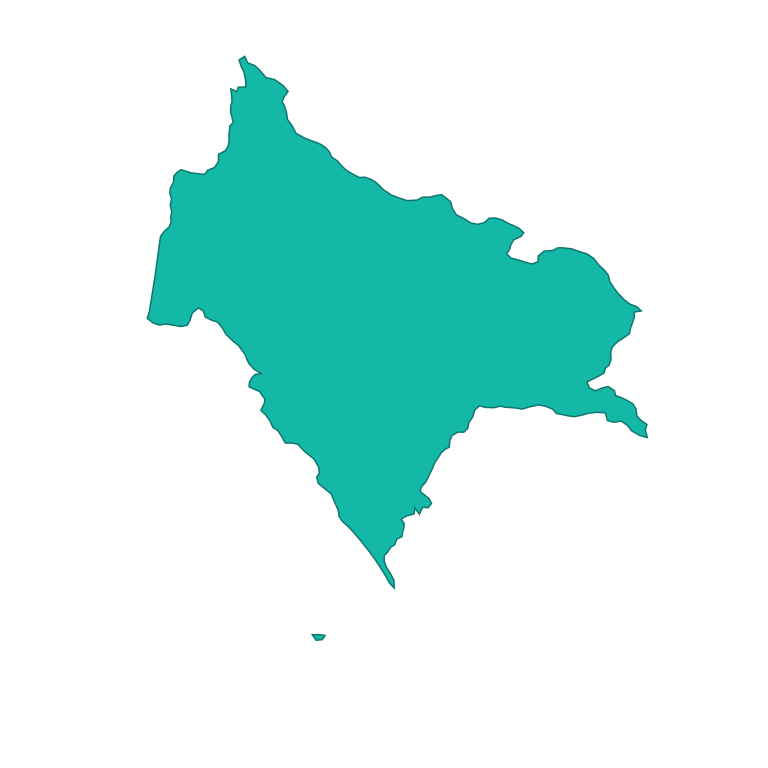 outline of Paulo Lopes, Santa Catarina, Brazil, rotated 109°
{"feature_id": "56859067B3611473740931", "entity_name": "Paulo Lopes", "entity_type": "district", "adm_level": 2, "iso_a3": "BRA", "parent_name": "Brazil", "parent_adm1": "Santa Catarina", "projection": "natural_earth1", "projection_center": [-48.752, -27.948], "detail": "fine", "context": "isolated", "style": "filled", "palette": "teal", "viewbox_px": 768, "rotation_deg": 109, "n_neighbors": 0, "source": "geoboundaries", "source_scale": "gbopen_adm2", "svg_char_len": 3784}
<svg xmlns="http://www.w3.org/2000/svg" viewBox="0 0 768 768"><g transform="rotate(109 384 384)"><path d="M524.0,383.2L527.3,378.9L529.8,372.9L532.4,367.6L535.7,361.9L538.5,357.0L542.6,350.6L546.8,344.0L550.1,339.2L553.1,335.0L556.2,330.9L559.5,326.7L564.6,320.4L570.6,313.8L573.6,307.9L566.3,310.7L561.0,316.4L556.4,322.1L551.6,326.1L545.9,327.8L541.1,325.6L536.3,324.7L532.4,321.6L526.3,321.3L522.5,317.3L518.1,318.2L513.4,318.4L509.2,319.6L506.4,323.8L501.5,319.8L497.0,313.3L491.1,314.5L495.6,308.2L487.9,307.3L486.7,302.0L481.3,300.2L477.7,304.2L475.6,309.9L474.0,314.7L469.6,315.3L463.4,312.7L457.5,311.8L452.8,311.3L448.4,310.7L442.3,310.4L435.5,308.7L430.2,307.4L425.9,305.1L422.6,301.7L415.8,303.4L410.4,302.9L405.6,298.6L403.5,292.8L398.7,290.4L392.7,291.2L386.9,289.5L379.1,289.7L373.5,286.6L373.1,280.4L370.7,272.5L367.2,267.0L366.5,261.9L365.0,256.3L363.7,251.1L362.7,245.2L358.0,238.6L353.5,231.0L352.4,223.7L352.9,216.2L355.7,211.4L354.8,205.1L354.2,199.7L353.0,193.4L348.9,186.6L344.5,180.2L341.3,173.0L339.2,165.3L345.8,160.8L345.4,154.5L341.9,147.7L343.7,140.7L347.7,134.5L349.4,125.6L348.9,117.6L342.3,122.0L336.7,122.2L334.8,129.0L331.9,134.5L325.3,137.8L321.6,142.6L320.2,149.7L319.6,155.9L319.6,161.3L315.3,163.9L313.4,171.3L316.6,176.2L321.7,182.0L320.8,188.4L316.0,192.9L311.2,188.1L306.4,183.3L301.9,179.5L296.8,179.8L293.0,177.3L287.1,177.3L279.9,180.1L274.5,180.1L268.6,177.3L263.1,173.0L256.6,168.4L250.9,169.1L245.3,169.0L239.2,169.0L234.6,171.0L231.2,164.6L228.7,169.9L228.4,177.6L225.8,185.3L222.0,192.3L218.6,197.4L213.9,203.7L208.2,207.2L204.7,212.5L201.9,219.0L197.0,226.6L194.9,234.6L195.2,241.5L195.1,250.8L197.0,259.1L198.6,263.9L202.7,267.8L206.4,276.1L212.9,279.8L218.3,278.1L222.5,283.5L222.8,291.7L223.1,298.8L223.7,304.9L221.0,310.5L216.2,309.1L211.3,309.4L205.2,308.2L200.3,302.8L195.5,301.1L192.8,307.1L192.1,313.1L191.6,319.6L190.4,325.8L190.7,332.3L193.0,338.5L198.7,341.7L202.4,347.1L203.5,354.2L201.7,361.6L200.5,370.7L195.8,376.4L190.0,380.3L187.9,386.1L186.2,391.1L189.4,397.1L192.5,401.7L194.6,408.1L199.4,412.7L203.1,421.8L203.2,429.3L202.9,438.8L200.3,448.2L197.8,453.1L195.7,458.1L194.7,463.6L194.7,469.5L196.8,474.4L195.8,481.4L194.2,488.9L192.1,494.0L188.4,500.4L186.3,507.6L182.0,511.5L179.5,516.3L178.0,521.6L177.6,527.2L177.6,532.8L177.1,540.6L175.5,549.0L169.6,555.1L165.4,561.3L159.0,564.6L153.6,568.6L150.2,572.3L144.9,571.8L138.6,570.0L134.9,576.0L131.8,586.3L132.7,595.4L128.1,603.2L125.0,609.7L124.7,617.5L119.6,622.4L124.8,626.6L130.0,622.6L134.9,617.7L142.4,613.5L148.1,611.3L150.8,618.4L155.3,618.4L154.8,624.9L161.4,621.8L166.3,619.7L171.6,619.2L176.7,617.7L181.2,614.6L185.8,611.7L190.2,613.8L194.7,612.7L198.9,611.7L205.0,609.5L211.1,608.8L215.6,610.4L220.6,615.3L227.3,613.0L234.4,614.6L239.3,620.3L244.1,621.8L245.4,626.9L247.1,634.8L247.4,645.6L251.5,648.7L255.8,650.4L261.5,648.7L268.4,649.8L273.8,648.4L277.8,645.3L284.8,644.2L290.4,640.7L295.8,640.0L300.0,638.0L305.4,638.2L311.5,641.6L317.2,643.4L359.2,635.1L383.6,630.9L392.1,629.4L399.0,629.3L401.4,622.4L401.4,615.3L398.4,610.4L397.2,603.6L395.7,594.5L392.4,589.1L386.6,588.2L379.1,588.3L372.5,584.3L373.7,578.7L378.9,574.7L379.8,567.3L379.6,561.6L383.6,555.1L388.5,549.5L392.7,540.6L394.9,534.1L397.9,530.0L401.7,524.5L405.4,521.6L408.7,518.3L412.2,512.1L414.1,503.3L416.9,508.9L421.2,511.0L426.0,511.8L430.5,510.7L431.2,505.3L431.5,499.4L437.3,491.5L442.0,490.9L448.9,491.9L451.7,485.9L456.1,479.7L461.2,475.0L462.5,469.5L466.4,464.3L472.0,458.1L469.7,451.8L469.1,445.6L473.7,437.1L478.0,425.2L484.3,418.4L489.7,416.1L493.9,417.3L499.3,413.9L502.6,405.0L505.1,398.2L509.4,394.3L513.2,390.9L518.1,386.3L524.0,383.2ZM648.4,364.7L645.8,359.1L640.9,357.9L642.3,364.4L644.4,370.2L648.4,364.7Z" fill="#14b8a6" stroke="#0f766e" stroke-width="1.5"/></g></svg>